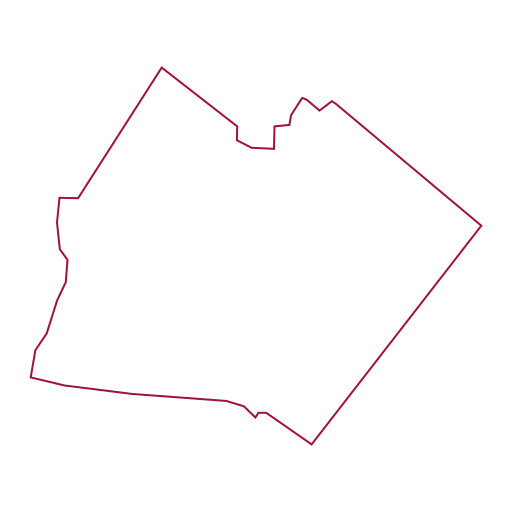 outline of 18 de Mayo, Canelones, Uruguay
{"feature_id": "84410073B56582914281791", "entity_name": "18 de Mayo", "entity_type": "district", "adm_level": 2, "iso_a3": "URY", "parent_name": "Uruguay", "parent_adm1": "Canelones", "projection": "equal_earth", "projection_center": [-56.223, -34.699], "detail": "fine", "context": "isolated", "style": "outline", "palette": "rose", "viewbox_px": 512, "rotation_deg": 0, "n_neighbors": 0, "source": "geoboundaries", "source_scale": "gbopen_adm2", "svg_char_len": 520}
<svg xmlns="http://www.w3.org/2000/svg" viewBox="0 0 512 512"><path d="M57.0,222.5L59.8,249.2L67.5,259.9L65.8,282.1L57.1,300.5L46.7,333.5L35.4,350.1L30.7,377.4L64.5,385.5L131.6,393.9L226.4,401.0L243.9,406.3L247.9,410.2L255.4,417.5L258.4,412.8L266.2,412.8L311.6,444.4L481.3,225.7L335.7,103.7L331.9,101.2L319.5,110.6L307.0,99.9L302.2,97.9L291.1,115.1L289.4,124.9L274.5,126.4L274.0,148.8L251.7,147.8L236.9,140.3L237.2,126.4L161.7,67.6L78.1,198.2L59.5,197.8L57.0,222.5Z" fill="none" stroke="#9f1239" stroke-width="2"/></svg>